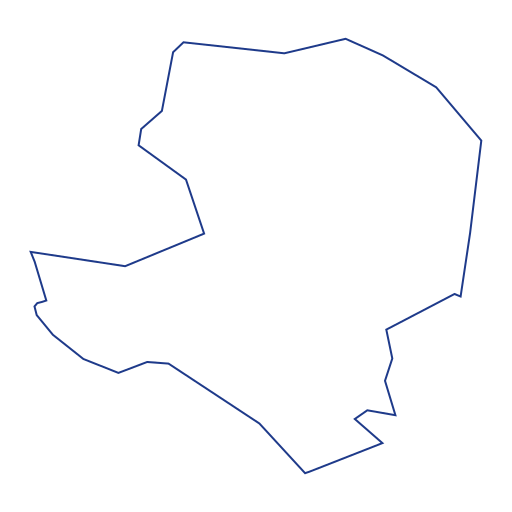 the Unitary Authority (wales) of Bridgend
{"feature_id": "GBR-2112", "entity_name": "Bridgend", "entity_type": "Unitary Authority (wales)", "adm_level": 1, "iso_a3": "GBR", "parent_name": "United Kingdom", "parent_adm1": "", "projection": "equal_earth", "projection_center": [-3.617, 51.531], "detail": "fine", "context": "isolated", "style": "outline", "palette": "blue", "viewbox_px": 512, "rotation_deg": 0, "n_neighbors": 0, "source": "natural_earth", "source_scale": "10m", "svg_char_len": 592}
<svg xmlns="http://www.w3.org/2000/svg" viewBox="0 0 512 512"><path d="M305.1,473.2L259.4,423.5L168.5,363.6L147.1,362.0L118.4,372.9L83.4,359.0L52.9,334.8L36.7,315.1L34.5,306.4L37.3,303.1L42.1,301.9L46.3,300.5L34.7,261.8L30.7,251.9L125.1,266.2L204.1,233.6L186.0,179.6L138.6,145.3L141.2,129.0L161.9,110.9L173.1,52.2L183.5,42.3L284.3,53.3L345.6,38.8L382.8,55.4L436.2,87.3L481.3,140.6L470.1,233.0L460.6,296.5L454.5,294.0L386.3,329.6L392.3,358.5L385.0,380.8L395.4,415.2L367.3,410.3L354.8,419.0L382.4,443.1L308.9,471.9L306.7,472.6L305.1,473.2Z" fill="none" stroke="#1e3a8a" stroke-width="2"/></svg>